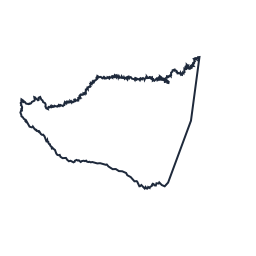 outline of Pastaza, Pastaza, Ecuador, rotated 337°
{"feature_id": "8360857B89599541187452", "entity_name": "Pastaza", "entity_type": "district", "adm_level": 2, "iso_a3": "ECU", "parent_name": "Ecuador", "parent_adm1": "Pastaza", "projection": "equal_earth", "projection_center": [-77.325, -1.952], "detail": "fine", "context": "isolated", "style": "outline", "palette": "slate", "viewbox_px": 256, "rotation_deg": 337, "n_neighbors": 0, "source": "geoboundaries", "source_scale": "gbopen_adm2", "svg_char_len": 5559}
<svg xmlns="http://www.w3.org/2000/svg" viewBox="0 0 256 256"><g transform="rotate(337 128 128)"><path d="M53.8,63.0L53.2,65.6L52.5,66.3L49.8,66.4L48.3,67.4L47.0,67.4L46.7,66.9L45.9,67.2L43.7,65.7L43.3,63.9L41.8,63.3L42.5,62.2L41.1,60.0L40.7,60.7L41.1,61.0L40.9,61.7L39.2,62.8L38.9,63.5L39.1,64.4L38.4,65.2L38.7,65.7L38.7,67.4L38.1,68.5L37.5,68.6L37.4,70.2L37.1,70.5L36.5,70.0L35.0,71.8L34.9,74.4L34.5,75.6L35.4,77.1L35.7,78.9L36.5,79.9L36.5,81.0L36.2,81.6L36.5,82.4L37.2,81.8L37.9,88.3L39.7,89.8L40.7,89.9L41.0,89.6L41.7,92.9L42.2,93.1L42.4,93.9L42.9,94.0L42.8,94.9L43.3,95.5L44.8,95.9L45.1,96.7L44.6,97.2L45.2,98.0L45.5,99.6L46.3,100.8L47.3,101.0L47.9,103.0L47.7,108.5L48.0,108.7L48.9,107.8L48.6,109.2L49.2,109.6L48.9,111.0L49.2,112.1L49.8,112.5L49.5,113.8L50.6,116.2L50.0,116.4L49.9,117.2L50.9,117.4L52.2,119.7L52.0,123.5L52.5,125.2L53.6,126.0L54.6,126.1L54.6,128.1L56.0,130.2L59.2,131.3L59.6,133.5L60.6,135.5L62.3,135.7L64.4,138.3L65.7,138.2L66.3,137.4L68.2,137.3L69.2,138.5L70.1,138.5L71.2,140.8L72.5,140.4L74.4,140.8L75.4,141.7L76.7,141.7L77.0,142.8L78.1,143.8L79.3,144.0L80.2,145.0L81.9,145.4L85.9,148.6L88.6,149.5L93.2,153.2L94.2,153.3L95.0,155.8L97.8,159.9L100.7,161.0L102.8,164.1L105.8,165.6L108.7,168.7L108.9,171.2L111.3,174.2L113.1,179.6L115.0,180.2L115.5,180.8L115.7,186.1L116.3,186.3L118.0,185.7L119.7,190.2L121.1,189.2L121.3,190.6L121.9,191.3L122.8,191.0L123.5,190.2L124.5,191.6L124.9,191.0L127.6,190.5L128.1,189.5L129.1,189.0L129.7,189.7L129.9,191.1L131.1,191.8L132.6,190.0L134.5,191.1L135.5,190.3L136.8,193.7L139.0,196.0L143.6,193.9L188.8,145.9L221.5,90.6L220.5,90.3L220.5,91.5L220.0,91.6L219.8,90.4L218.9,90.7L218.0,90.3L217.9,91.5L217.0,90.0L215.6,90.1L216.0,91.2L215.5,91.6L215.7,92.7L214.0,93.4L214.2,94.1L213.8,94.4L213.2,93.8L212.4,94.7L212.5,95.9L211.6,95.0L211.1,95.1L211.9,96.4L210.9,96.1L210.2,97.4L209.8,97.3L209.9,96.1L209.6,95.6L209.0,96.0L209.6,96.8L209.3,97.5L208.0,97.7L206.7,96.7L206.4,95.4L207.2,95.4L206.7,94.6L206.7,93.8L207.5,94.2L207.8,93.9L207.2,93.7L206.8,92.7L206.1,94.6L205.7,94.5L205.9,93.2L205.4,94.1L204.9,94.0L204.6,94.6L205.1,95.8L204.6,96.5L204.1,96.3L204.5,95.1L203.8,95.8L203.2,95.4L203.1,96.3L202.4,96.6L201.9,98.6L201.0,98.7L200.6,99.3L200.3,98.6L200.0,99.2L199.1,99.2L198.3,98.2L198.6,99.7L198.4,100.2L198.0,99.9L197.9,97.8L197.3,98.6L197.2,98.0L195.8,96.9L195.4,97.3L194.9,97.1L195.0,96.3L194.5,95.5L195.1,94.9L194.4,93.6L193.5,93.5L193.7,92.4L191.6,92.3L191.1,93.4L189.3,93.9L188.3,96.3L187.7,96.2L187.5,96.9L187.1,96.1L186.5,96.4L185.5,96.1L185.4,96.8L184.4,96.9L184.5,96.2L184.0,95.7L183.6,96.4L181.2,97.3L181.0,97.7L181.9,98.2L183.5,101.4L182.8,102.4L181.9,101.8L182.2,101.0L182.0,100.5L179.9,100.0L180.6,97.5L180.4,96.8L179.6,96.6L179.6,97.8L177.3,96.5L177.3,95.8L178.8,95.4L178.1,94.8L178.4,94.2L177.7,93.0L177.5,93.8L176.6,93.3L176.2,93.7L176.0,94.2L176.6,94.9L176.7,95.6L176.1,95.9L175.3,95.8L175.0,95.0L174.0,95.3L174.4,94.2L174.2,93.5L173.6,93.7L173.4,94.7L172.8,94.0L170.7,94.8L170.2,93.9L169.5,94.0L170.3,92.6L169.5,92.0L169.9,90.6L168.7,90.6L168.4,91.4L167.8,90.4L168.2,88.7L167.7,89.7L166.7,90.1L165.8,89.7L165.4,88.1L165.0,89.2L164.3,88.6L164.0,89.2L163.0,89.1L162.1,90.0L162.2,89.0L161.4,88.4L161.1,87.1L160.9,88.0L159.9,88.7L159.1,87.3L157.7,88.6L157.6,88.0L158.1,87.6L157.9,87.2L156.2,87.2L155.8,86.5L155.2,86.5L155.2,85.7L154.8,85.3L154.2,86.7L153.9,86.5L154.1,85.6L153.9,85.2L153.1,86.3L153.0,85.7L150.9,84.1L150.4,82.2L149.6,82.0L148.7,82.6L148.7,81.3L148.1,81.7L147.8,80.8L146.5,80.8L146.3,81.4L146.7,82.7L146.4,83.1L146.0,81.7L145.4,81.5L145.0,80.9L144.2,81.3L144.1,79.7L143.5,80.3L142.0,79.5L142.4,78.6L142.3,78.1L141.8,78.8L140.1,78.6L139.9,76.7L139.0,77.6L139.2,76.7L138.4,76.2L138.3,75.0L137.8,75.1L137.8,76.6L137.4,76.9L137.4,75.4L137.2,75.1L137.1,75.9L136.7,75.9L136.2,74.4L135.9,74.7L136.1,75.6L135.7,76.1L135.1,75.7L135.0,74.1L134.5,75.5L134.1,75.3L134.1,74.2L133.7,74.1L133.2,75.5L132.7,74.7L131.9,74.9L131.0,74.4L131.0,72.9L130.7,74.8L130.1,75.2L129.9,74.7L130.5,74.3L130.4,73.7L129.3,73.7L128.9,73.2L128.5,73.8L127.0,73.8L126.3,72.4L125.9,73.2L125.6,73.2L125.5,71.6L123.8,72.2L122.9,70.3L121.4,70.0L120.1,68.1L119.8,68.5L120.1,69.3L119.2,69.3L119.4,69.7L118.9,69.9L119.4,70.4L119.0,70.7L116.3,71.5L115.6,71.2L114.7,72.3L114.4,71.8L114.0,72.7L112.9,72.8L112.5,73.5L112.6,72.5L111.9,73.3L111.4,72.3L111.1,73.1L110.6,72.8L110.6,73.3L109.6,74.5L109.7,75.1L109.0,75.3L108.8,74.8L107.7,74.8L107.1,75.3L106.6,75.2L106.3,76.1L106.1,75.3L105.4,76.1L104.4,76.1L104.5,76.7L103.7,77.1L102.9,79.2L102.5,78.5L101.9,78.7L102.1,79.1L101.5,79.0L101.4,79.6L100.6,78.7L100.2,79.8L98.9,79.6L98.6,79.0L97.7,79.1L97.4,78.7L97.0,78.9L97.2,79.4L96.8,79.5L96.8,78.6L96.2,80.1L95.8,80.0L95.9,80.6L95.6,80.3L95.1,81.1L94.5,81.0L94.8,81.8L94.0,81.6L93.2,82.9L92.8,82.4L92.3,83.1L90.8,82.1L90.6,81.2L90.3,81.2L90.0,80.9L89.9,80.9L90.1,81.5L89.6,81.4L89.0,82.3L89.2,82.7L88.6,82.7L88.6,83.2L88.3,82.5L87.6,82.7L86.9,81.9L86.2,82.5L86.1,81.5L85.7,81.8L85.4,81.0L85.2,81.6L84.4,81.7L83.9,81.5L84.1,81.0L83.8,80.6L83.3,81.0L82.9,80.4L82.5,80.8L82.0,80.0L81.2,81.0L80.9,80.5L80.5,81.0L80.0,79.5L78.7,80.9L78.3,82.0L77.0,81.9L76.6,82.3L74.9,80.5L74.2,81.0L73.7,80.1L73.2,80.6L73.0,80.0L72.2,80.7L71.5,80.7L71.4,80.2L70.5,80.2L69.4,79.2L68.5,79.4L68.5,78.9L67.7,79.2L67.4,78.8L67.4,79.2L66.6,79.1L65.9,78.2L65.8,78.9L65.4,79.0L64.3,78.0L63.7,78.3L63.1,77.6L61.7,78.6L61.6,79.2L60.4,77.9L60.6,76.8L60.3,76.1L61.3,74.4L61.4,73.5L61.3,72.6L60.0,71.0L60.1,69.3L59.3,67.9L59.3,65.1L57.6,65.2L56.8,67.2L56.0,67.3L55.1,65.3L54.5,64.9L54.5,63.7L53.8,63.0Z" fill="none" stroke="#1e293b" stroke-width="2"/></g></svg>